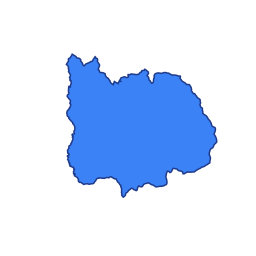 the district of Guatuso, Alajuela, Costa Rica, rotated 213°
{"feature_id": "36466004B87915732060573", "entity_name": "Guatuso", "entity_type": "district", "adm_level": 2, "iso_a3": "CRI", "parent_name": "Costa Rica", "parent_adm1": "Alajuela", "projection": "albers", "projection_center": [-84.82, 10.704], "detail": "fine", "context": "isolated", "style": "filled", "palette": "blue", "viewbox_px": 256, "rotation_deg": 213, "n_neighbors": 0, "source": "geoboundaries", "source_scale": "gbopen_adm2", "svg_char_len": 5823}
<svg xmlns="http://www.w3.org/2000/svg" viewBox="0 0 256 256"><g transform="rotate(213 128 128)"><path d="M214.3,147.7L212.7,147.6L212.2,147.4L210.9,146.3L210.2,145.1L209.3,144.6L208.9,144.0L208.8,143.2L208.5,142.8L207.1,142.2L205.3,141.2L204.6,140.2L204.7,138.7L204.0,138.3L204.0,138.2L203.3,137.6L203.1,136.9L202.7,136.4L202.3,136.2L202.0,136.3L201.8,136.7L201.7,136.7L200.1,134.7L199.6,133.3L199.6,132.4L198.7,131.0L199.0,130.8L200.2,130.7L200.2,130.3L198.5,127.3L198.3,126.8L197.8,126.4L197.3,125.5L196.7,125.3L196.4,124.9L196.4,123.7L196.7,122.9L196.7,122.4L196.4,121.7L196.1,121.3L191.6,119.8L191.1,119.4L190.6,118.7L190.4,118.1L190.3,117.1L190.1,116.9L188.9,116.6L188.6,116.1L187.9,114.0L188.1,112.2L187.7,111.6L187.7,111.3L188.0,110.7L188.2,109.1L187.9,108.1L187.4,107.1L186.4,106.2L185.7,105.2L185.0,104.9L183.4,104.8L183.1,104.5L183.1,104.2L182.8,103.8L179.5,102.9L179.1,102.7L177.9,102.6L177.4,102.4L176.7,101.6L175.7,101.4L174.9,101.1L173.3,100.0L172.3,98.7L171.7,97.6L171.6,96.0L171.4,95.5L171.0,95.0L170.2,94.5L170.0,94.2L170.0,93.8L170.5,93.2L171.3,92.6L171.2,91.7L169.6,91.3L169.5,90.9L169.7,90.6L169.7,90.0L168.5,89.4L168.3,89.1L167.3,85.0L167.5,84.0L167.0,82.9L167.1,82.0L167.6,81.0L167.6,80.7L167.2,79.7L166.5,78.7L166.6,76.4L164.9,74.2L164.6,74.1L164.4,74.4L164.2,75.1L164.2,74.2L163.2,73.8L162.8,73.5L162.8,73.1L163.5,72.2L163.6,71.4L163.3,71.2L161.9,71.2L162.0,70.4L161.6,69.7L161.4,68.6L160.0,68.3L159.8,67.7L159.2,67.4L158.9,66.9L157.6,66.7L157.6,65.8L157.4,65.7L156.4,65.3L156.2,64.6L155.9,64.5L155.4,64.4L154.9,65.0L153.6,64.8L152.8,65.2L152.4,65.3L151.7,64.7L151.3,64.1L150.8,64.3L150.5,64.3L150.3,64.1L150.3,63.3L149.9,61.5L149.1,60.8L148.8,60.0L148.3,59.9L147.9,60.5L147.4,60.7L147.1,60.0L147.0,58.8L143.9,58.9L142.8,58.5L141.6,57.8L141.2,57.4L140.8,56.5L139.4,56.0L138.8,56.1L138.3,56.6L137.9,56.7L134.3,56.6L133.5,57.7L132.6,58.4L131.9,59.0L130.7,59.4L129.7,59.8L128.4,61.3L127.4,61.8L126.6,63.0L126.6,64.3L126.7,65.0L126.3,66.0L126.4,66.4L126.6,66.8L126.6,67.8L126.2,69.0L125.3,69.9L125.2,70.3L124.6,70.5L124.2,71.0L122.4,71.8L120.3,73.0L119.0,74.9L117.1,75.7L116.7,76.2L116.3,77.6L116.1,77.8L111.6,78.1L111.3,78.1L110.4,78.8L109.6,78.5L107.3,77.1L105.5,76.9L104.0,76.0L102.7,76.0L102.3,75.6L102.1,74.8L100.3,73.7L100.1,73.2L98.8,71.3L98.4,70.4L97.3,69.4L96.7,68.3L95.1,67.5L94.2,67.5L93.6,69.8L93.6,70.3L94.2,71.8L94.2,72.6L93.8,73.3L93.4,74.6L93.6,75.8L92.7,77.7L92.7,78.2L92.4,79.0L92.1,79.4L91.6,79.7L89.2,79.5L88.2,79.9L87.1,79.9L86.9,80.1L86.6,80.7L87.5,83.7L87.5,85.1L86.9,85.4L85.8,85.4L84.6,86.1L84.2,86.5L84.0,87.9L84.3,88.9L84.0,89.6L82.9,91.1L81.9,92.2L81.1,92.8L80.9,93.1L80.2,93.4L77.6,93.2L77.0,93.5L75.8,93.8L72.5,93.8L71.6,94.5L70.1,96.0L68.1,97.4L67.1,98.4L66.5,99.0L65.7,100.6L65.3,101.1L65.1,101.5L65.1,102.4L65.7,103.7L67.5,105.8L68.7,106.7L69.6,107.6L70.8,110.3L71.5,112.8L71.1,113.5L70.8,113.6L69.8,113.7L68.5,113.5L68.2,113.9L68.0,114.1L67.9,116.3L68.1,116.9L68.2,118.7L67.6,119.1L66.2,119.5L65.0,120.2L64.5,120.2L63.3,119.8L62.0,119.9L59.6,120.9L59.0,120.9L57.7,120.5L57.0,119.6L56.0,120.1L54.8,122.5L54.1,123.5L52.0,124.7L48.4,127.4L48.0,128.8L46.7,131.6L45.3,133.9L44.9,135.2L43.3,137.0L42.4,139.2L41.5,140.7L41.1,142.0L40.4,143.2L40.7,143.9L41.4,145.1L42.2,147.3L42.9,148.2L44.0,148.9L44.5,149.4L45.0,149.5L45.2,150.0L45.4,150.0L46.2,151.2L46.8,153.2L47.0,153.4L47.1,154.5L47.1,155.7L46.9,156.4L46.2,157.4L46.2,158.9L46.6,160.1L46.6,161.6L46.2,162.7L46.0,164.6L46.8,165.8L47.9,167.0L50.2,168.7L50.5,168.7L51.6,169.3L52.4,169.8L52.6,170.2L53.1,172.7L53.9,174.5L54.4,175.1L55.2,175.7L56.0,175.7L56.3,175.4L58.7,175.4L61.4,177.7L62.3,178.0L63.2,178.6L65.1,179.1L66.1,179.5L67.5,180.3L68.7,180.8L72.4,180.8L73.0,181.2L73.4,181.2L74.5,182.9L75.4,183.5L76.3,185.0L76.9,185.2L78.3,185.2L78.9,185.4L80.0,186.6L80.5,186.8L80.6,187.9L80.8,188.6L82.1,189.8L82.8,190.9L83.1,191.1L84.8,191.3L86.1,191.2L87.1,191.6L87.8,192.0L89.7,192.5L90.3,193.0L91.1,193.0L91.7,192.5L92.9,192.8L95.0,193.8L96.2,195.5L97.3,196.5L99.8,197.7L100.5,197.7L101.0,197.2L102.0,196.9L102.4,196.4L102.9,196.4L104.3,196.9L105.2,196.9L105.6,196.8L108.0,196.8L108.6,196.9L110.1,197.6L111.4,197.9L111.9,199.6L112.7,200.0L113.5,199.3L113.9,199.1L116.0,198.6L117.4,198.0L119.8,196.5L121.5,196.2L123.6,196.2L125.0,195.5L127.1,194.8L128.2,193.9L129.4,192.2L131.8,191.1L133.0,190.4L134.5,188.7L134.8,188.0L134.8,187.3L134.6,186.1L133.4,184.5L133.4,183.4L133.1,182.9L132.9,182.5L131.8,180.4L131.9,179.1L132.5,178.5L133.4,178.7L135.3,179.7L136.5,179.8L137.6,181.0L138.3,181.6L139.5,182.1L140.6,182.4L140.7,183.1L140.5,183.8L140.6,185.1L141.4,185.9L142.1,186.2L143.2,186.2L144.6,186.5L145.9,186.4L145.8,185.2L147.5,183.9L147.6,183.2L147.3,182.8L147.3,182.3L147.9,181.6L148.1,181.0L148.3,179.0L149.8,177.5L154.7,175.1L155.1,174.7L155.2,174.1L155.5,173.6L156.5,173.2L157.0,172.9L156.9,172.5L155.6,171.1L155.6,170.7L156.7,169.4L158.5,169.2L159.0,169.0L161.2,166.1L161.2,165.5L160.8,164.6L161.0,163.8L161.0,163.2L159.6,163.1L160.1,162.5L160.8,162.0L160.8,160.8L160.5,159.8L164.8,159.6L164.0,156.3L166.6,156.4L167.7,156.8L168.4,157.2L168.8,157.8L170.4,158.2L171.4,158.8L173.9,158.9L175.3,159.6L176.5,160.6L176.8,161.1L179.2,160.7L180.2,160.2L181.5,159.4L182.5,159.6L183.4,160.6L184.8,160.8L185.0,161.0L185.3,162.6L185.7,163.4L185.6,163.9L185.7,164.5L186.4,165.6L189.8,167.0L190.2,167.7L190.6,168.7L191.5,169.4L192.0,169.4L192.4,169.2L193.4,169.1L193.6,169.2L193.8,169.8L194.4,169.9L194.5,166.9L194.3,164.7L194.6,164.2L195.2,163.7L196.3,161.5L198.2,158.8L198.6,156.4L198.7,156.2L199.7,156.2L200.5,156.6L200.8,157.0L202.1,157.8L204.1,158.4L205.0,159.6L205.7,159.8L207.0,159.8L207.6,159.7L208.9,158.9L209.8,159.2L210.5,159.6L215.0,159.5L214.8,158.3L214.8,155.3L215.0,154.8L215.5,154.0L215.6,153.5L215.2,152.7L214.4,152.0L214.3,150.8L214.4,149.3L214.3,147.7Z" fill="#3b82f6" stroke="#1e3a8a" stroke-width="1.5"/></g></svg>